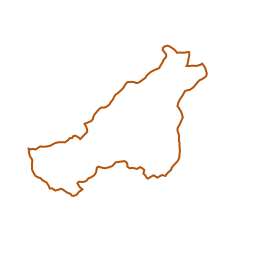 outline of Borebi, São Paulo, Brazil, rotated 222°
{"feature_id": "56859067B22613522920734", "entity_name": "Borebi", "entity_type": "district", "adm_level": 2, "iso_a3": "BRA", "parent_name": "Brazil", "parent_adm1": "São Paulo", "projection": "albers", "projection_center": [-48.988, -22.685], "detail": "fine", "context": "isolated", "style": "outline", "palette": "amber", "viewbox_px": 256, "rotation_deg": 222, "n_neighbors": 0, "source": "geoboundaries", "source_scale": "gbopen_adm2", "svg_char_len": 2612}
<svg xmlns="http://www.w3.org/2000/svg" viewBox="0 0 256 256"><g transform="rotate(222 128 128)"><path d="M68.1,117.4L68.5,120.5L68.0,125.8L69.0,128.3L69.1,131.0L69.0,133.6L69.0,136.7L69.5,138.7L70.4,140.7L73.1,144.3L74.2,145.9L77.9,149.2L79.4,151.1L81.9,152.9L83.7,155.2L85.9,157.2L88.4,158.4L90.0,159.7L91.1,161.3L92.3,166.5L93.2,168.9L94.4,172.6L97.2,174.4L100.0,175.9L101.7,176.2L103.8,177.1L105.8,177.2L107.2,179.8L108.3,182.8L108.9,186.2L109.1,188.3L109.7,190.8L110.4,193.7L109.4,195.3L107.6,197.8L106.9,200.5L106.6,202.9L106.7,205.6L106.9,209.0L106.8,211.5L105.7,213.7L104.8,216.9L104.7,219.1L105.9,221.2L108.1,222.6L110.4,224.0L112.4,224.8L116.0,225.5L116.3,223.8L118.6,220.0L122.1,217.2L124.1,214.9L126.0,213.3L126.6,215.5L127.7,217.3L129.7,220.5L130.7,222.6L133.3,225.3L135.0,223.8L136.6,221.6L138.4,220.0L140.1,218.6L142.0,216.7L145.2,217.3L148.0,217.0L150.7,216.7L153.7,215.7L155.5,212.8L155.6,211.0L154.6,209.3L152.0,208.8L148.8,208.2L147.2,206.3L147.2,202.3L146.3,200.1L145.7,196.5L144.9,193.4L147.5,187.9L148.7,184.4L149.2,179.4L148.6,177.0L149.4,173.5L150.0,170.7L150.5,168.8L151.9,167.0L154.0,166.3L156.4,164.6L157.7,163.0L159.1,161.7L159.2,159.8L159.0,157.7L158.3,154.9L158.4,152.5L158.5,150.3L158.9,147.0L159.6,144.1L159.1,141.6L158.3,139.3L158.2,137.3L158.0,135.3L157.5,133.1L157.9,130.9L158.4,128.9L159.6,126.9L161.5,125.5L162.1,122.8L162.1,119.9L161.9,115.3L161.3,113.3L160.1,111.2L159.9,108.7L163.1,102.0L160.2,101.1L157.6,99.7L155.7,97.8L156.1,87.8L158.6,87.9L161.9,87.1L163.3,85.1L162.7,83.1L164.6,81.4L164.3,79.4L164.9,77.0L165.2,75.2L167.9,73.0L170.5,70.4L172.2,67.7L174.0,62.7L176.2,59.6L179.1,56.8L180.8,55.7L181.4,53.8L182.3,50.1L184.3,49.3L186.0,47.1L188.0,46.2L186.3,44.7L184.9,43.2L183.1,42.1L181.2,41.1L179.3,40.8L177.3,39.8L175.7,37.5L174.0,35.7L171.9,33.2L169.7,32.1L167.7,31.4L165.2,30.5L163.5,30.7L160.9,31.5L159.3,32.3L157.1,31.9L154.2,32.5L151.8,33.0L148.4,32.0L145.7,30.7L144.0,32.3L142.0,32.6L140.2,32.8L138.2,35.9L137.5,37.6L135.8,38.6L131.1,39.1L129.1,39.5L126.9,40.6L124.6,40.1L122.9,41.2L121.5,44.1L121.8,47.9L121.1,49.9L120.8,51.9L123.7,51.7L126.4,52.4L128.7,53.1L128.5,55.3L125.6,57.5L124.3,59.2L123.6,61.2L123.7,64.3L122.6,66.3L121.7,69.2L121.5,71.6L122.4,74.3L123.3,75.8L124.6,77.6L124.2,79.5L122.6,80.2L120.1,81.5L118.3,82.6L116.4,85.2L114.3,89.0L114.2,91.2L114.2,94.2L108.5,101.0L106.4,101.6L104.2,100.6L102.6,98.9L99.8,99.2L98.4,101.0L96.1,102.5L94.0,103.5L92.8,107.1L89.9,107.7L87.8,107.7L86.0,104.4L83.5,104.4L81.2,103.6L79.4,103.7L78.4,106.9L77.3,110.0L72.9,110.8L71.9,114.2L71.2,115.9L68.1,117.4Z" fill="none" stroke="#b45309" stroke-width="2"/></g></svg>